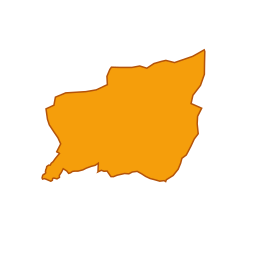 the district of Lapithiou, Paphos, Cyprus, rotated 161°
{"feature_id": "46923920B87887675510001", "entity_name": "Lapithiou", "entity_type": "district", "adm_level": 2, "iso_a3": "CYP", "parent_name": "Cyprus", "parent_adm1": "Paphos", "projection": "natural_earth1", "projection_center": [32.598, 34.905], "detail": "fine", "context": "isolated", "style": "filled", "palette": "amber", "viewbox_px": 256, "rotation_deg": 161, "n_neighbors": 0, "source": "geoboundaries", "source_scale": "gbopen_adm2", "svg_char_len": 1434}
<svg xmlns="http://www.w3.org/2000/svg" viewBox="0 0 256 256"><g transform="rotate(161 128 128)"><path d="M170.7,96.3L167.0,96.7L164.8,94.9L161.8,94.1L160.0,87.6L157.6,86.7L153.7,86.9L146.1,86.1L142.1,84.4L138.2,85.0L133.4,84.0L129.9,80.1L127.1,76.5L123.5,73.0L120.0,70.7L115.3,67.4L111.0,66.5L109.8,65.1L108.6,66.6L100.8,68.4L94.0,72.7L89.7,77.6L86.9,81.8L81.7,83.5L79.0,86.0L74.2,90.6L69.0,96.0L63.5,99.7L61.2,109.5L58.4,116.4L51.9,122.7L60.4,130.6L56.0,137.8L45.6,144.7L38.3,153.9L34.2,165.3L30.5,175.3L30.5,177.1L36.8,175.9L43.6,174.7L53.8,174.7L62.7,174.7L70.2,179.6L74.7,180.1L82.5,180.5L90.7,178.4L96.7,182.8L104.6,184.0L115.1,187.6L123.9,190.9L126.1,189.3L131.1,183.7L133.4,175.7L145.7,174.4L156.0,176.1L175.5,181.5L186.6,180.8L190.6,173.7L199.3,172.8L201.3,162.5L201.4,156.6L199.4,148.8L197.4,141.5L196.8,134.9L203.6,128.3L203.2,128.5L201.7,127.3L201.1,126.2L203.4,124.8L206.8,122.7L209.7,120.6L212.2,119.6L213.5,118.2L215.2,118.7L217.4,118.0L218.3,116.4L219.2,115.5L220.3,113.6L220.4,112.4L222.2,111.5L223.1,111.7L224.3,110.7L225.5,108.8L225.4,107.5L223.7,107.4L222.3,106.4L218.3,102.8L216.5,103.2L215.7,104.8L214.4,104.8L211.7,103.0L208.9,103.6L208.3,105.6L205.5,107.7L202.5,110.6L199.9,107.3L198.9,104.4L196.8,104.4L194.7,105.0L192.9,104.7L189.2,103.5L184.3,103.1L180.6,103.6L175.4,103.7L171.1,103.4L167.5,104.4L167.6,104.1L169.0,100.6L170.6,96.4L170.7,96.3Z" fill="#f59e0b" stroke="#b45309" stroke-width="1.5"/></g></svg>